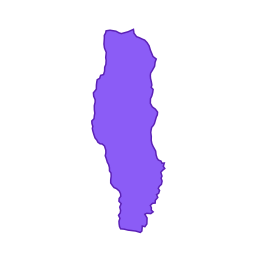 the district of Ourizona, Paraná, Brazil, rotated 323°
{"feature_id": "56859067B49568811571304", "entity_name": "Ourizona", "entity_type": "district", "adm_level": 2, "iso_a3": "BRA", "parent_name": "Brazil", "parent_adm1": "Paraná", "projection": "albers", "projection_center": [-52.237, -23.461], "detail": "fine", "context": "isolated", "style": "filled", "palette": "violet", "viewbox_px": 256, "rotation_deg": 323, "n_neighbors": 0, "source": "geoboundaries", "source_scale": "gbopen_adm2", "svg_char_len": 1962}
<svg xmlns="http://www.w3.org/2000/svg" viewBox="0 0 256 256"><g transform="rotate(323 128 128)"><path d="M135.9,177.8L134.0,176.7L134.4,174.3L133.0,171.8L133.1,169.5L134.2,166.5L136.2,163.0L137.0,157.5L137.7,154.7L139.2,151.7L141.5,148.8L143.5,145.2L145.5,143.3L147.3,141.7L149.7,141.2L151.8,140.3L154.5,138.3L157.3,136.2L159.3,135.2L161.2,133.1L161.2,129.4L160.1,125.7L160.7,121.7L163.6,118.1L166.3,116.7L168.9,114.7L171.3,112.3L171.0,109.5L172.9,108.1L174.4,105.2L175.8,102.0L177.5,99.4L179.2,97.7L182.1,96.6L186.4,94.7L189.3,91.7L192.1,89.9L191.0,85.9L192.7,79.4L194.3,75.0L194.6,71.2L194.2,67.8L192.8,65.4L191.4,62.7L189.8,60.2L189.8,55.9L191.7,52.5L186.0,51.2L179.5,48.6L178.2,46.8L176.6,43.4L172.5,39.1L169.0,37.2L167.2,38.7L164.8,39.8L163.1,42.1L161.2,44.3L159.3,46.5L157.4,49.8L156.1,54.6L152.6,58.3L151.3,60.7L148.6,63.9L146.0,65.4L143.5,68.5L140.6,70.6L137.8,69.5L135.2,71.3L132.5,70.9L130.8,72.4L128.6,74.7L126.1,77.9L123.9,78.5L121.5,79.1L119.7,82.0L118.8,85.6L117.3,87.6L114.5,89.9L112.1,93.2L110.4,96.2L108.4,98.0L106.5,100.1L103.3,100.6L101.8,102.9L100.9,105.5L99.2,106.9L98.1,109.3L96.8,112.7L95.7,116.1L95.8,119.0L95.4,121.3L96.2,123.8L97.8,125.3L98.4,128.2L96.9,132.4L95.3,134.6L93.1,136.5L92.3,139.2L90.9,142.9L90.5,145.6L89.3,148.5L87.4,151.1L87.3,153.8L85.6,156.3L82.9,159.1L81.1,161.5L80.9,164.7L81.0,167.2L82.3,169.4L83.1,173.1L82.5,176.0L81.1,178.2L78.6,178.9L76.7,181.0L77.0,184.3L73.8,186.2L72.5,189.4L70.6,191.2L67.9,192.0L67.2,195.3L64.7,197.0L63.2,199.2L61.9,201.6L61.4,204.1L64.0,206.4L66.6,209.6L72.0,214.8L75.0,218.8L77.1,218.6L80.4,214.9L82.1,217.0L85.3,216.0L89.1,211.3L89.5,207.0L91.6,207.4L94.7,210.1L97.6,210.1L97.2,207.6L98.7,205.7L99.2,203.3L102.2,202.9L104.5,204.3L106.3,202.2L110.0,201.4L110.7,198.4L113.1,198.6L115.6,196.9L115.8,194.4L118.0,193.4L120.8,193.1L123.3,190.9L124.2,188.0L126.2,186.9L127.5,183.1L130.0,182.6L133.0,182.5L133.1,179.9L135.9,177.8Z" fill="#8b5cf6" stroke="#5b21b6" stroke-width="1.5"/></g></svg>